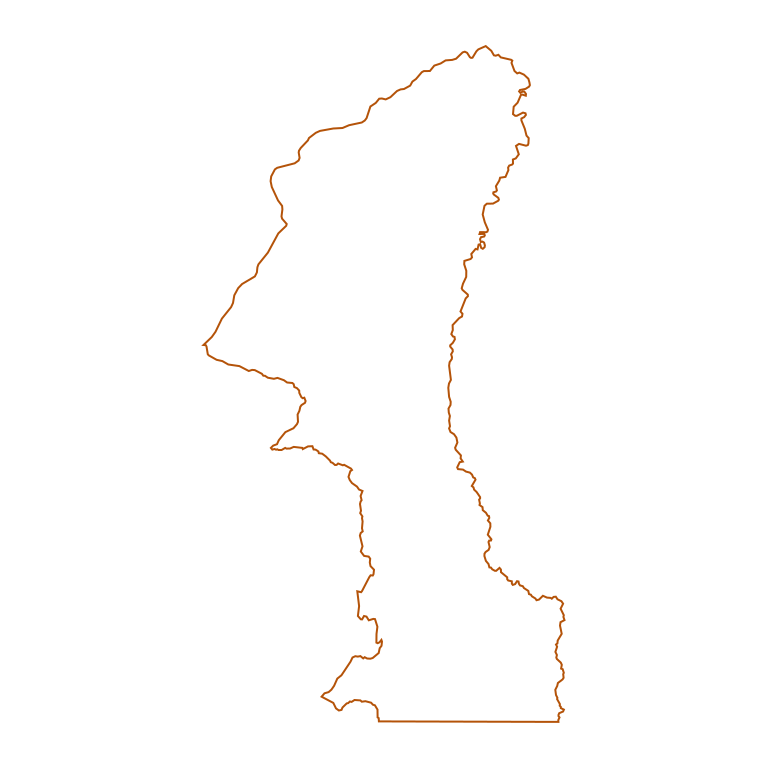 the district of Bonfim, Roraima, Brazil
{"feature_id": "56859067B6516364509135", "entity_name": "Bonfim", "entity_type": "district", "adm_level": 2, "iso_a3": "BRA", "parent_name": "Brazil", "parent_adm1": "Roraima", "projection": "mercator", "projection_center": [-60.06, 2.792], "detail": "fine", "context": "isolated", "style": "outline", "palette": "amber", "viewbox_px": 768, "rotation_deg": 0, "n_neighbors": 0, "source": "geoboundaries", "source_scale": "gbopen_adm2", "svg_char_len": 6074}
<svg xmlns="http://www.w3.org/2000/svg" viewBox="0 0 768 768"><path d="M203.5,345.0L205.8,345.2L206.5,346.5L207.8,354.3L208.8,355.4L216.6,359.8L222.4,361.1L228.3,364.5L239.4,366.1L248.8,371.0L252.1,369.9L254.8,370.1L261.9,373.8L263.3,375.7L265.0,375.8L267.8,377.7L273.9,378.8L277.5,377.9L283.9,380.2L287.1,382.5L292.4,383.0L293.7,384.2L294.3,387.0L296.9,388.1L299.2,390.6L299.3,392.9L301.4,397.2L302.7,398.2L304.3,397.7L305.6,401.0L305.0,402.8L301.5,405.1L300.3,406.8L299.4,410.8L297.6,414.5L298.0,421.8L297.0,424.1L293.5,428.2L285.4,432.1L278.8,440.2L277.0,444.2L273.2,445.6L270.9,447.9L272.3,449.6L274.5,449.0L276.1,449.7L277.3,449.3L278.5,450.0L281.6,450.0L285.2,447.9L286.4,448.6L290.1,448.5L293.7,446.9L302.4,447.9L302.8,449.1L308.0,446.4L312.4,446.2L313.6,449.5L315.5,449.6L317.3,450.7L318.4,451.5L318.8,453.2L322.2,453.7L325.8,456.4L330.0,460.6L330.8,462.2L332.5,462.8L335.0,465.0L336.6,464.9L338.1,463.5L342.9,465.3L344.1,464.8L351.0,468.6L352.0,470.0L350.3,471.2L348.5,476.9L349.8,480.1L352.0,483.1L357.0,486.6L359.0,489.5L362.5,491.0L360.6,496.0L361.6,500.2L360.6,501.6L360.0,504.0L361.0,510.8L360.2,513.1L362.4,516.4L362.0,518.1L362.6,521.4L362.0,528.3L362.7,531.4L360.7,533.0L359.9,535.6L362.5,546.3L360.8,551.5L364.1,555.9L368.7,556.6L370.2,558.7L369.8,562.5L370.5,566.1L374.0,569.7L373.5,574.2L372.8,575.5L370.6,575.3L369.3,577.1L362.0,591.1L361.1,592.2L357.3,591.3L359.1,606.1L357.9,616.0L360.8,619.3L362.1,619.4L364.0,616.0L366.5,616.6L368.8,620.3L373.3,618.9L375.0,619.1L377.4,626.7L376.5,634.0L376.4,642.6L377.7,643.2L379.5,642.3L381.4,639.9L382.0,641.6L381.5,645.8L379.7,648.2L378.7,653.0L372.7,658.0L370.4,658.7L367.1,658.5L364.7,657.2L363.2,658.4L360.4,656.1L357.8,656.6L355.3,656.2L352.5,657.5L350.5,661.7L341.5,675.2L337.3,678.6L334.1,685.8L331.4,689.7L328.6,692.1L324.5,693.3L321.6,696.7L333.3,702.9L336.0,708.4L338.9,710.5L341.5,709.9L342.5,707.5L346.7,703.4L348.2,703.1L349.9,701.5L351.6,701.9L354.5,700.0L360.4,700.4L361.8,701.7L365.4,701.2L371.1,702.7L372.9,704.7L374.9,705.3L377.5,709.6L377.6,717.4L378.7,718.1L378.9,721.4L558.4,721.9L558.3,720.1L559.5,717.4L558.5,716.1L558.5,714.9L559.2,713.2L563.1,711.5L563.9,709.6L560.8,708.1L560.8,706.8L559.7,705.7L559.9,704.1L557.1,699.1L557.4,697.8L556.0,695.0L555.3,689.8L557.2,686.0L557.9,683.0L562.6,679.4L563.6,677.8L563.2,674.2L563.8,672.8L562.7,669.2L561.1,668.6L561.8,664.8L560.8,662.6L556.9,659.0L556.3,657.6L556.9,655.0L555.4,651.9L557.1,646.7L556.0,644.5L557.4,643.4L557.7,640.5L561.7,633.8L560.0,625.6L560.5,622.2L564.5,620.1L563.4,616.9L563.8,615.2L560.6,608.7L563.1,603.7L561.4,601.2L557.5,599.3L555.8,596.7L553.6,596.9L551.8,598.7L550.7,597.9L547.0,597.6L542.9,595.8L539.0,599.6L536.5,600.2L535.4,598.5L531.9,596.3L530.9,594.7L529.0,594.1L528.3,590.9L524.0,588.1L522.8,586.2L520.0,585.4L518.9,583.7L518.5,581.5L517.0,581.2L515.1,584.1L512.8,584.9L511.9,583.7L511.8,581.3L508.2,580.5L507.2,579.2L507.2,577.3L501.0,572.2L500.9,569.5L499.5,567.9L496.2,570.8L494.9,570.8L492.2,569.3L491.0,567.6L489.4,567.4L488.5,564.0L485.9,560.9L484.4,556.0L484.5,553.7L485.6,552.0L488.6,549.9L489.7,547.1L488.5,542.0L489.2,540.6L491.0,540.5L491.4,539.3L487.8,534.7L490.4,526.8L490.3,523.3L487.9,520.5L489.3,517.9L489.0,516.1L487.7,515.7L486.0,512.8L482.8,510.2L482.5,507.1L479.5,505.0L479.9,503.4L479.1,499.7L480.1,498.4L480.1,497.1L476.6,492.0L474.1,489.6L473.5,487.4L471.8,486.0L475.5,479.7L474.9,478.2L473.2,477.4L472.0,474.6L469.9,472.6L466.0,471.6L463.0,469.6L458.0,469.1L457.2,467.4L459.7,462.2L462.8,461.6L460.6,458.4L460.9,455.4L455.7,449.7L455.1,447.8L457.4,442.5L456.4,437.6L454.0,434.2L450.5,432.0L449.1,428.4L450.0,426.2L449.1,420.6L449.9,416.0L448.8,412.6L448.5,408.6L450.5,405.0L450.7,401.8L449.1,396.9L448.3,387.8L449.0,383.5L450.9,379.9L449.1,365.7L449.6,362.2L451.8,359.0L452.0,357.2L451.1,354.3L452.8,351.4L452.6,349.5L450.2,346.6L450.2,345.3L452.8,342.9L454.9,339.3L454.5,336.9L453.0,336.5L451.3,334.1L452.8,330.1L452.6,325.1L459.2,318.1L462.0,316.5L462.5,313.8L460.5,311.5L465.7,298.4L467.9,296.2L467.8,294.6L462.5,289.9L461.7,288.3L463.0,283.7L466.2,276.9L466.3,270.8L464.2,264.3L464.4,260.9L470.6,259.0L472.0,257.4L471.3,254.0L475.6,248.9L477.5,249.4L478.6,244.6L480.1,244.2L481.2,247.9L482.8,248.8L484.6,247.2L484.9,245.4L484.1,242.6L482.5,241.6L480.8,242.0L480.0,239.2L481.0,237.2L484.2,236.5L484.8,235.3L484.3,233.9L479.5,234.0L480.1,232.1L486.2,232.2L487.4,231.6L488.0,229.8L484.8,222.3L482.7,214.5L484.5,205.8L486.8,203.7L493.0,203.6L498.3,200.7L498.9,199.6L498.3,197.8L494.0,194.7L493.2,193.6L493.4,192.3L496.1,191.5L496.9,190.4L495.9,186.2L499.3,180.6L500.1,177.7L505.5,176.9L508.4,170.1L508.1,167.6L509.2,165.6L512.2,164.5L513.0,163.6L512.9,159.5L515.8,158.4L518.8,154.3L516.0,145.9L519.0,143.9L526.0,145.7L527.8,145.1L528.4,143.6L528.7,138.1L526.5,135.6L524.8,128.8L521.4,120.4L521.4,118.5L524.2,117.1L525.9,114.9L525.5,113.3L523.0,112.6L516.8,115.8L515.2,115.8L513.0,114.1L513.7,106.7L517.6,102.7L521.0,94.8L522.5,94.6L525.8,95.7L526.0,94.0L524.3,91.6L522.6,91.6L520.3,92.8L519.1,91.4L520.0,90.0L525.5,88.9L529.1,86.6L529.9,85.1L529.4,82.3L528.4,78.8L523.9,74.6L519.4,72.6L517.2,73.4L514.5,71.0L511.5,62.9L512.3,60.6L511.2,59.8L500.8,57.4L498.4,54.8L495.7,55.7L493.9,55.3L491.3,50.8L485.7,46.1L478.3,49.4L476.4,51.3L472.5,57.7L471.1,57.9L469.9,57.2L467.1,52.8L464.8,51.7L462.6,52.4L456.1,58.7L452.2,59.9L445.6,60.4L440.6,63.5L434.3,65.6L429.9,71.0L423.8,71.1L421.8,72.2L416.0,79.0L412.4,81.6L410.2,85.6L404.0,89.0L400.6,89.4L397.0,91.0L390.4,97.2L385.7,99.4L381.9,98.5L379.2,98.7L375.8,102.9L370.4,106.5L366.6,118.1L364.8,120.5L361.8,122.5L349.1,125.2L342.5,128.0L333.3,128.5L320.0,130.9L315.8,132.8L309.0,138.0L307.9,140.4L300.7,148.0L299.0,150.7L298.7,152.5L299.6,157.9L298.6,160.5L294.7,163.3L277.2,167.8L274.9,169.4L271.2,176.4L270.6,181.2L271.8,187.0L278.0,200.4L282.1,205.9L282.4,209.4L281.5,216.4L282.1,218.7L286.7,224.0L286.2,225.8L278.3,233.4L267.9,252.6L258.4,264.4L257.4,267.3L256.9,272.4L254.9,276.4L242.1,284.0L238.2,288.1L234.3,295.3L233.0,303.0L231.1,307.1L221.9,318.6L215.5,331.8L211.8,337.0L203.5,345.0Z" fill="none" stroke="#b45309" stroke-width="2"/></svg>